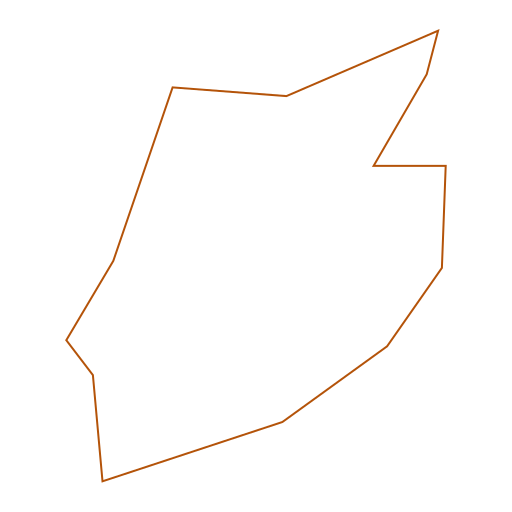 outline of Sandy Hill
{"feature_id": "AIA-5121", "entity_name": "Sandy Hill", "entity_type": "District", "adm_level": 1, "iso_a3": "AIA", "parent_name": "Anguilla", "parent_adm1": "", "projection": "robinson", "projection_center": [-63.011, 18.236], "detail": "fine", "context": "isolated", "style": "outline", "palette": "amber", "viewbox_px": 512, "rotation_deg": 0, "n_neighbors": 0, "source": "natural_earth", "source_scale": "10m", "svg_char_len": 289}
<svg xmlns="http://www.w3.org/2000/svg" viewBox="0 0 512 512"><path d="M441.9,267.9L387.1,346.3L282.4,422.0L102.5,481.3L92.9,375.1L66.3,340.2L113.3,260.9L172.6,87.4L286.4,96.1L438.1,30.7L426.7,74.3L373.6,165.9L445.7,165.9L441.9,267.9Z" fill="none" stroke="#b45309" stroke-width="2"/></svg>